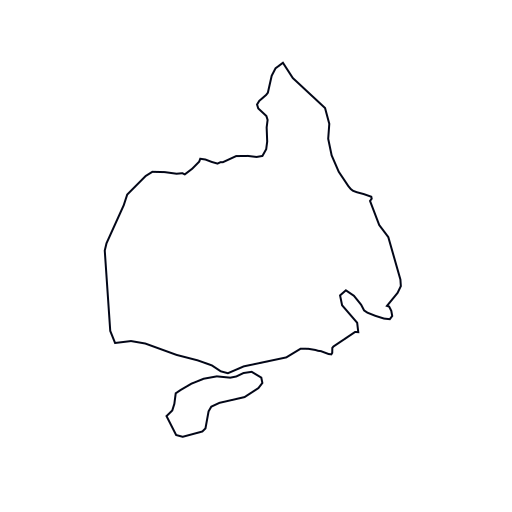 outline of Anglesey, rotated 285°
{"feature_id": "GBR-2128", "entity_name": "Anglesey", "entity_type": "Unitary Authority (wales)", "adm_level": 1, "iso_a3": "GBR", "parent_name": "United Kingdom", "parent_adm1": "", "projection": "mercator", "projection_center": [-4.381, 53.278], "detail": "fine", "context": "isolated", "style": "outline", "palette": "ink", "viewbox_px": 512, "rotation_deg": 285, "n_neighbors": 0, "source": "natural_earth", "source_scale": "10m", "svg_char_len": 1562}
<svg xmlns="http://www.w3.org/2000/svg" viewBox="0 0 512 512"><g transform="rotate(285 256 256)"><path d="M416.8,225.2L434.2,224.5L442.4,226.3L449.6,232.0L437.4,245.5L416.8,284.4L402.6,292.6L387.9,295.4L372.8,303.0L358.8,314.1L347.4,327.1L345.2,330.2L344.1,332.8L343.7,336.8L343.7,344.0L343.1,352.0L341.3,352.9L338.7,351.9L317.8,367.0L308.5,378.9L270.6,401.6L264.4,403.7L257.0,402.3L241.7,395.4L241.6,397.7L238.0,400.9L233.3,403.1L229.6,401.6L228.7,395.9L229.1,386.7L230.1,378.3L231.4,374.5L236.1,370.2L242.9,360.9L246.1,351.7L239.7,347.4L230.7,351.9L217.7,371.0L208.9,374.5L208.3,371.4L188.6,354.2L187.0,353.5L182.2,354.7L180.5,354.2L180.1,351.5L180.9,343.3L180.5,340.6L180.6,337.7L179.9,330.5L178.0,323.1L165.9,311.5L146.2,272.7L135.5,259.2L135.5,251.8L138.9,241.7L140.1,226.6L139.9,204.9L142.8,171.7L141.5,157.3L135.5,142.4L145.9,134.6L222.1,108.5L229.6,108.3L270.8,115.1L282.0,115.7L304.7,128.7L310.5,134.1L313.4,146.1L314.9,158.0L316.9,163.4L316.4,166.1L323.8,171.8L332.4,176.7L335.5,177.0L336.1,182.1L335.4,188.9L335.3,194.9L337.4,197.4L338.0,199.7L347.4,211.0L350.6,222.5L351.8,230.9L354.3,236.3L361.8,238.2L369.4,237.2L383.0,233.0L390.4,232.0L393.9,229.8L399.1,220.0L402.6,217.8L406.7,219.0L414.2,224.1L416.8,225.2ZM131.8,262.6L134.5,268.1L139.7,274.2L143.0,281.8L139.9,292.6L135.0,295.0L129.0,292.5L116.8,281.5L104.7,258.7L98.9,251.8L93.7,250.4L76.4,251.8L72.6,249.6L62.4,232.0L62.4,225.2L78.2,211.0L85.1,215.1L92.0,215.4L102.6,214.0L107.0,217.8L116.0,226.7L123.9,237.2L129.6,249.3L131.8,262.6Z" fill="none" stroke="#020617" stroke-width="2"/></g></svg>